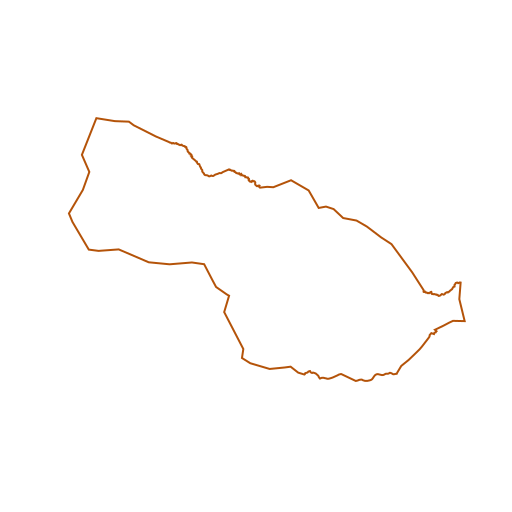 Binder, Hentiy, Mongolia, rotated 124°
{"feature_id": "93677404B23670550125649", "entity_name": "Binder", "entity_type": "district", "adm_level": 2, "iso_a3": "MNG", "parent_name": "Mongolia", "parent_adm1": "Hentiy", "projection": "robinson", "projection_center": [110.5, 48.575], "detail": "fine", "context": "isolated", "style": "outline", "palette": "amber", "viewbox_px": 512, "rotation_deg": 124, "n_neighbors": 0, "source": "geoboundaries", "source_scale": "gbopen_adm2", "svg_char_len": 5739}
<svg xmlns="http://www.w3.org/2000/svg" viewBox="0 0 512 512"><g transform="rotate(124 256 256)"><path d="M344.2,398.2L339.8,389.4L327.3,373.5L321.2,341.4L311.2,323.0L297.2,305.5L291.8,294.4L300.4,278.6L304.0,271.8L304.2,258.9L304.0,256.1L320.3,251.0L340.2,214.5L348.4,210.6L348.1,200.8L342.0,181.5L332.4,169.9L328.4,165.4L329.1,155.8L327.2,149.6L326.7,149.4L325.8,149.7L325.5,149.6L324.0,148.3L323.7,148.1L322.6,148.0L322.3,147.8L321.7,147.4L321.2,146.9L321.6,146.2L321.8,145.7L321.8,145.2L321.7,144.5L321.6,144.1L321.3,143.8L320.8,143.6L320.5,142.8L320.0,140.8L320.4,137.7L320.6,137.1L321.1,136.5L321.4,135.6L321.8,134.9L321.9,134.6L321.7,134.3L320.5,133.6L320.0,133.1L319.2,131.9L318.7,130.4L318.3,129.6L318.1,128.8L317.7,127.9L317.0,127.0L315.2,125.5L313.9,124.5L309.2,121.6L308.1,121.1L306.7,119.9L306.2,119.3L303.8,103.4L302.2,101.9L301.7,101.7L301.1,101.2L300.4,100.6L299.7,99.7L299.3,99.1L299.2,97.9L298.6,95.9L297.3,93.9L295.3,92.0L294.3,91.3L293.3,90.9L292.2,90.8L290.9,90.8L289.8,90.8L288.5,90.7L287.8,90.5L287.0,90.1L286.2,89.5L285.6,88.5L285.3,87.6L284.3,85.0L283.5,84.0L282.5,83.3L281.6,82.9L281.1,82.6L280.7,82.1L280.0,81.0L279.4,80.4L279.1,80.2L278.2,79.9L278.0,79.7L277.6,78.9L277.6,78.5L277.4,77.7L277.4,77.3L277.4,76.9L277.4,76.6L277.3,76.1L276.7,75.3L275.2,73.9L275.0,73.5L273.6,73.7L265.9,74.1L256.7,71.3L248.3,69.5L241.9,68.2L238.4,67.8L227.4,67.1L225.8,67.1L224.4,67.8L221.9,67.5L221.2,64.8L219.8,65.2L218.8,64.3L218.2,64.5L217.4,64.3L217.1,66.4L208.9,61.6L203.1,58.5L199.6,56.4L193.3,46.6L178.1,63.3L163.6,71.5L163.9,72.2L164.3,72.5L165.4,73.1L165.5,73.2L165.4,74.1L165.5,74.4L165.7,74.6L166.1,74.8L166.7,75.3L167.2,75.3L168.2,75.1L168.7,75.3L168.9,75.3L169.2,75.2L169.5,74.9L170.3,74.3L170.5,74.4L171.1,74.9L171.5,75.1L172.3,75.1L173.4,74.9L174.0,74.9L174.2,75.0L174.4,75.2L175.5,75.4L176.4,75.8L177.4,75.8L177.7,76.0L178.4,76.6L179.0,76.6L179.1,77.1L179.3,77.5L179.6,77.6L180.0,77.8L180.7,78.3L181.0,78.3L181.7,78.2L182.6,78.5L183.1,78.8L183.2,79.1L183.4,80.1L183.7,80.7L184.1,80.8L185.4,81.1L185.9,81.3L186.9,82.1L187.0,82.4L186.9,82.9L186.7,83.4L186.6,83.7L186.7,83.9L186.9,84.1L187.2,84.5L187.1,85.0L187.2,85.3L187.6,85.7L187.7,86.6L187.8,86.8L188.3,87.2L188.5,87.9L188.7,88.1L188.8,88.4L189.1,88.8L189.0,89.2L188.5,89.9L188.1,90.1L187.8,90.4L187.7,90.6L188.0,90.9L188.8,90.8L189.0,91.0L189.1,91.4L189.3,91.6L189.6,91.7L190.1,91.7L190.2,91.8L190.3,92.5L190.5,92.8L190.9,93.1L190.8,94.2L190.9,94.3L191.3,94.6L191.4,94.8L191.3,95.6L191.0,96.1L191.4,96.6L191.9,96.6L192.0,96.8L192.0,97.0L191.8,97.2L190.6,97.9L182.2,117.4L170.4,150.3L170.6,162.7L169.6,180.5L170.4,192.5L175.8,205.0L173.7,217.9L175.9,225.6L181.1,230.9L172.2,249.0L173.6,269.3L189.3,280.1L192.4,285.4L197.1,290.9L196.9,292.0L196.6,292.3L195.7,292.4L195.7,292.5L195.8,292.8L196.5,292.6L196.8,292.8L196.8,293.2L197.1,293.6L197.1,293.9L197.1,294.0L197.4,294.1L197.6,294.3L197.6,294.6L197.3,296.4L197.1,296.7L196.7,297.1L195.7,297.5L195.3,297.9L195.2,298.1L195.1,298.5L194.9,299.1L195.4,299.9L195.4,300.6L195.4,300.8L195.6,300.9L195.8,300.7L196.1,300.6L196.4,301.4L196.6,301.4L197.0,301.3L197.3,301.4L197.3,301.5L197.4,302.3L197.7,302.8L197.4,303.4L197.5,303.8L197.1,304.7L196.6,304.8L196.2,304.7L196.0,304.9L196.1,305.5L196.0,305.8L195.7,306.0L195.4,306.5L195.6,307.0L195.8,307.2L196.0,307.3L196.0,307.8L196.0,308.0L196.7,308.9L196.3,309.5L195.8,310.0L195.9,310.3L196.3,310.8L196.4,311.2L196.6,311.6L196.6,311.8L196.5,312.1L196.6,312.4L196.8,312.8L196.8,313.0L196.4,313.8L196.5,313.8L196.4,313.9L196.5,314.1L196.9,314.3L197.2,314.4L197.2,314.7L197.5,315.0L197.5,315.3L197.3,315.6L197.3,315.9L197.2,315.9L196.8,316.0L196.8,316.3L197.3,316.4L197.6,316.7L197.7,316.8L197.7,317.2L197.9,317.7L197.9,318.0L198.0,318.3L198.2,318.5L198.3,318.7L198.2,319.1L198.0,319.5L198.0,319.8L198.0,320.2L198.3,320.8L198.3,321.0L198.2,321.2L197.6,321.6L197.7,321.9L198.0,322.2L198.1,322.4L198.2,323.0L198.3,323.2L198.7,323.5L198.8,323.6L198.8,324.3L199.0,324.8L198.9,325.5L199.3,325.8L199.4,326.2L199.6,326.4L199.6,326.6L199.4,326.9L205.1,330.5L205.5,330.7L206.3,330.9L206.9,331.3L207.7,332.7L208.7,333.3L209.6,333.9L210.3,334.5L211.3,335.3L212.4,335.7L213.5,336.2L214.2,337.2L214.3,338.1L215.9,339.0L216.3,339.8L216.2,340.4L216.5,341.9L217.0,342.6L217.4,343.5L217.3,344.6L216.7,345.2L216.6,345.8L216.4,346.7L216.1,347.6L215.7,348.1L214.9,348.5L214.6,349.1L214.5,349.9L214.2,350.6L213.4,351.2L213.3,352.0L212.9,352.7L212.1,353.7L211.6,354.4L211.9,355.1L212.2,355.7L211.8,356.7L210.9,357.7L211.2,358.1L210.9,358.9L210.5,362.3L210.4,363.7L210.3,363.9L210.2,364.3L209.8,364.3L209.3,364.4L209.2,364.5L209.2,364.9L209.0,365.3L209.1,365.5L208.9,365.5L208.5,365.7L208.4,365.9L208.5,366.0L208.2,366.2L208.2,366.3L208.3,366.4L208.4,366.7L208.3,366.9L208.4,367.1L208.0,367.2L207.9,367.4L207.9,367.5L208.0,367.7L208.0,368.0L207.9,368.5L208.1,368.7L207.8,368.9L207.8,369.0L207.7,369.5L207.8,369.8L207.7,370.1L207.7,370.4L207.5,370.7L207.5,370.9L207.3,371.1L207.3,371.3L206.4,372.0L206.4,372.3L206.2,372.6L206.1,372.9L206.0,373.4L205.6,374.0L205.4,374.0L205.2,374.2L205.1,374.4L204.8,374.5L204.7,375.0L205.2,375.8L205.2,376.0L204.8,376.6L205.3,377.5L205.4,377.8L205.5,378.6L205.6,379.0L205.6,379.3L205.4,379.4L205.3,379.9L205.6,380.2L206.1,380.4L206.5,380.9L206.6,381.1L206.5,381.5L206.8,382.0L206.9,383.1L206.8,383.4L206.9,383.7L207.3,384.1L207.3,384.6L207.1,384.9L206.9,385.1L207.0,385.3L207.3,385.6L207.7,385.8L208.2,386.2L208.6,387.1L208.5,387.5L208.9,387.9L208.9,388.1L209.3,388.2L209.8,388.8L209.8,389.0L209.7,389.3L209.7,390.0L209.8,390.2L209.9,390.4L210.0,390.9L210.2,391.1L210.2,391.9L212.9,405.9L216.0,430.4L215.7,436.5L223.1,448.4L231.0,465.4L269.5,456.9L279.5,441.2L298.0,436.5L325.3,434.9L330.4,427.2L344.2,398.2Z" fill="none" stroke="#b45309" stroke-width="2"/></g></svg>